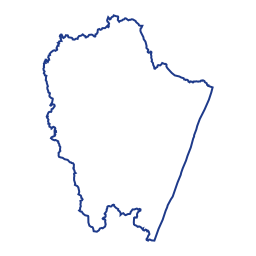 Brickaville, Atsinanana, Madagascar (Mercator projection)
{"feature_id": "10022922B71585303896889", "entity_name": "Brickaville", "entity_type": "district", "adm_level": 2, "iso_a3": "MDG", "parent_name": "Madagascar", "parent_adm1": "Atsinanana", "projection": "mercator", "projection_center": [48.731, -18.667], "detail": "fine", "context": "isolated", "style": "outline", "palette": "blue", "viewbox_px": 256, "rotation_deg": 0, "n_neighbors": 0, "source": "geoboundaries", "source_scale": "gbopen_adm2", "svg_char_len": 5609}
<svg xmlns="http://www.w3.org/2000/svg" viewBox="0 0 256 256"><path d="M212.6,87.4L208.2,85.9L208.4,85.3L207.1,84.9L206.7,83.3L204.8,82.1L204.4,81.0L202.9,80.3L202.2,80.8L201.5,80.5L201.0,80.6L200.2,81.5L199.0,81.4L198.2,81.7L196.4,81.3L194.9,81.6L194.0,81.4L193.2,82.4L192.7,82.4L191.9,81.6L191.2,81.7L190.3,81.4L189.6,82.3L188.4,81.6L188.1,80.5L187.5,79.9L186.7,79.7L185.7,80.0L185.1,79.5L184.2,79.5L183.6,78.2L181.2,77.5L179.4,76.5L174.8,75.4L171.7,72.9L167.5,68.3L166.4,66.5L166.5,64.6L165.7,63.9L164.7,64.0L162.2,63.0L161.4,64.3L160.2,65.4L158.3,65.1L157.7,65.4L157.3,67.0L156.0,67.7L155.2,68.7L154.5,68.7L154.3,68.3L154.1,66.6L153.3,65.2L152.9,63.0L151.6,61.3L152.0,60.0L151.2,57.6L151.4,56.1L150.9,54.2L151.4,52.9L151.4,52.1L150.8,51.6L148.9,52.8L147.8,52.2L147.7,51.5L148.3,50.2L148.2,49.7L146.5,48.1L146.4,47.1L146.6,46.1L145.6,42.1L145.3,41.4L143.7,39.2L143.4,37.2L140.9,32.3L140.4,30.8L140.6,28.6L141.4,27.8L142.3,25.8L140.3,25.8L139.0,25.3L138.6,24.2L136.2,22.2L135.6,21.0L132.8,19.4L131.5,19.3L130.6,19.8L129.5,19.8L128.4,20.3L125.9,18.4L125.1,18.3L124.0,19.4L122.8,19.7L122.0,20.5L120.0,21.0L119.2,21.8L117.8,19.9L118.2,17.3L118.1,16.7L117.8,16.4L116.4,16.3L113.7,15.4L113.3,16.4L112.1,16.9L111.1,17.9L110.5,19.2L109.7,19.4L109.3,18.5L108.2,17.2L107.1,20.3L107.5,21.7L108.1,22.0L109.1,23.5L109.1,23.9L108.3,24.7L108.3,25.3L108.9,26.1L108.4,27.2L108.1,27.1L107.7,26.2L107.2,26.0L105.1,28.1L102.4,28.1L101.6,29.4L100.3,29.8L99.3,29.0L97.9,29.6L97.6,31.4L97.6,32.6L97.1,33.0L96.7,33.9L95.5,34.4L95.4,36.2L95.0,36.6L94.2,36.4L92.5,34.9L91.5,34.6L89.1,34.9L87.9,36.6L86.8,36.9L86.3,37.4L85.6,37.4L85.3,36.1L84.2,35.7L83.1,34.6L82.6,34.4L81.9,35.2L80.7,35.8L79.1,36.0L78.1,37.3L77.6,38.9L76.3,38.6L75.5,38.9L74.7,39.6L73.8,39.6L72.7,39.4L72.6,38.6L71.8,37.8L68.5,37.3L67.9,36.1L67.9,35.5L67.5,35.3L66.7,35.5L66.0,35.2L64.8,37.2L63.4,38.0L63.0,37.6L62.6,36.4L61.9,35.8L62.0,35.3L61.6,34.6L61.1,34.5L60.8,35.0L60.1,35.3L59.8,36.3L60.6,37.4L60.5,37.8L60.9,37.9L60.8,38.9L61.4,40.8L61.0,40.7L60.7,41.1L59.1,41.5L58.9,42.3L58.0,42.8L59.0,43.6L58.5,44.1L58.6,44.4L58.5,45.6L57.9,45.3L57.6,45.6L56.5,48.1L57.2,49.2L57.1,49.8L56.1,50.2L55.6,50.8L54.4,50.3L53.2,50.6L51.0,52.3L49.7,53.8L50.1,55.0L49.5,55.4L48.7,55.5L48.2,57.5L48.9,58.5L49.2,59.8L48.2,60.2L48.3,60.7L47.8,62.0L46.8,61.4L46.1,59.7L45.6,59.7L45.5,60.5L44.7,61.4L44.6,62.0L45.4,62.9L44.3,63.0L43.9,63.5L44.2,64.1L44.0,64.5L44.0,66.0L43.8,66.2L44.1,67.2L43.4,68.7L43.7,70.3L44.6,71.4L43.8,73.2L44.6,74.2L44.9,75.4L46.4,75.8L45.9,77.8L46.0,79.0L45.7,80.0L46.7,81.7L46.8,83.1L47.9,86.3L47.3,87.2L47.4,89.0L48.2,90.7L48.3,92.2L48.7,92.7L49.6,92.8L49.9,93.3L49.4,95.8L49.6,96.6L51.2,98.0L52.6,98.5L52.8,98.9L52.1,102.4L50.3,105.3L50.6,105.6L51.0,105.6L51.9,104.6L53.0,104.3L54.3,104.7L54.7,105.8L54.6,106.4L53.6,107.5L53.1,108.5L51.6,109.2L51.4,111.4L51.1,111.9L49.2,111.9L48.5,112.5L46.7,116.7L47.0,117.3L47.6,117.1L47.3,118.0L47.9,118.7L48.5,119.8L48.0,121.1L48.6,122.7L48.3,123.7L49.6,124.1L49.3,124.9L49.4,126.6L51.3,127.6L51.5,128.6L51.8,128.4L52.2,127.5L53.3,126.8L54.1,127.1L54.4,127.6L55.0,127.7L55.3,128.3L55.3,129.0L54.8,129.6L54.6,130.4L55.0,131.0L55.9,131.0L56.1,132.1L55.6,132.5L54.6,132.2L54.7,133.9L55.2,134.6L54.6,135.0L54.9,135.7L53.7,136.4L52.4,136.8L51.3,137.5L51.0,138.2L51.5,138.4L51.8,139.0L52.5,139.5L54.5,140.3L55.5,140.0L58.2,141.3L58.4,142.3L58.2,142.7L59.0,143.7L59.4,144.9L59.3,145.7L60.2,146.6L60.3,147.2L60.0,149.5L60.3,150.9L59.6,151.3L59.4,152.1L58.5,153.0L58.7,153.8L58.6,155.7L59.0,156.8L60.5,157.4L62.6,157.8L64.6,159.2L67.7,159.9L69.5,161.9L70.0,162.3L70.9,162.3L71.5,163.0L73.0,163.2L73.9,164.5L73.8,167.0L73.3,168.0L73.4,168.4L73.8,168.4L73.7,169.2L74.4,170.4L74.7,172.0L75.6,173.0L74.3,173.5L74.0,173.9L74.4,175.9L74.1,177.3L74.1,180.1L75.2,183.6L74.9,184.9L77.3,186.1L78.3,187.4L79.2,191.4L79.1,192.7L78.4,194.3L80.7,195.5L81.1,196.2L81.3,197.9L81.8,198.1L82.6,199.3L82.0,200.3L80.4,200.9L80.8,202.8L80.4,204.2L80.8,206.3L80.1,207.9L80.1,209.5L79.1,210.5L80.4,211.5L81.7,211.6L83.2,213.8L85.2,215.3L88.0,215.9L88.3,216.5L88.4,222.5L89.4,225.7L91.2,226.9L92.3,227.1L92.7,227.4L93.2,228.7L93.7,231.2L96.9,231.7L98.9,230.3L99.9,228.5L101.9,227.9L102.7,228.3L105.1,226.5L105.7,224.2L105.4,223.8L105.5,223.1L105.1,221.9L105.4,220.2L104.9,219.4L103.2,219.2L102.7,218.7L103.3,217.8L105.0,217.2L105.6,216.6L105.6,214.6L105.3,214.2L104.7,214.0L104.6,213.7L106.4,211.4L106.8,209.8L106.6,209.3L107.2,208.4L107.4,206.7L108.1,206.2L109.0,206.0L110.4,206.5L111.4,206.4L112.5,205.0L113.6,204.7L114.1,205.0L114.1,205.9L114.4,206.3L116.3,208.1L118.2,209.1L118.2,210.4L119.7,211.4L120.7,213.3L120.6,214.8L121.7,213.8L123.3,213.2L124.7,214.7L125.4,215.1L125.8,215.1L127.8,214.1L130.0,213.9L130.5,212.9L130.6,212.1L132.6,209.4L134.2,209.5L136.6,208.6L137.2,208.7L138.0,209.5L139.6,208.9L140.5,209.4L140.4,210.6L138.4,211.7L137.3,213.3L137.0,214.5L137.2,216.2L136.7,216.7L136.8,217.5L135.9,217.7L134.7,217.4L134.1,217.8L133.8,222.4L134.0,224.4L134.8,225.1L136.6,225.8L137.6,226.8L138.5,226.7L138.9,226.4L139.7,226.6L141.0,227.4L142.4,229.0L142.9,228.7L142.7,229.4L143.3,230.2L144.4,230.5L145.5,229.6L146.4,229.9L147.2,231.3L147.9,230.7L148.7,231.5L149.4,234.0L149.3,234.5L148.4,235.4L147.2,238.5L146.7,238.7L146.5,239.3L146.7,240.0L148.1,240.6L149.0,239.7L149.8,239.5L151.6,240.4L154.4,240.6L158.6,228.8L162.7,219.7L165.7,210.6L167.1,207.4L167.7,205.3L170.9,199.3L172.7,196.6L177.6,182.4L180.7,174.9L181.2,172.7L182.7,168.4L186.0,160.6L187.5,155.9L190.8,147.4L193.2,138.5L194.1,136.5L194.1,135.3L196.3,129.5L197.2,126.0L199.8,119.0L204.6,109.5L208.9,99.7L211.3,92.4L212.6,87.4Z" fill="none" stroke="#1e3a8a" stroke-width="2"/></svg>